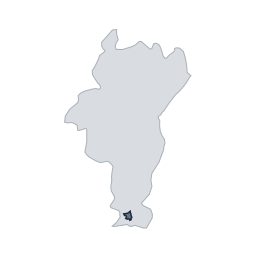 where Beltinci sits in Slovenia, rotated 117°
{"feature_id": "SVN-1039", "entity_name": "Beltinci", "entity_type": "Municipality", "adm_level": 1, "iso_a3": "SVN", "parent_name": "Slovenia", "parent_adm1": "", "projection": "mercator", "projection_center": [16.25, 46.606], "detail": "fine", "context": "in_parent", "style": "filled", "palette": "slate", "viewbox_px": 256, "rotation_deg": 117, "n_neighbors": 0, "source": "natural_earth", "source_scale": "10m", "svg_char_len": 2001}
<svg xmlns="http://www.w3.org/2000/svg" viewBox="0 0 256 256"><g transform="rotate(117 128 128)"><path d="M222.6,97.5L217.3,95.3L210.8,94.5L209.6,95.6L207.1,96.8L205.8,98.9L206.8,107.2L205.2,108.6L197.9,107.8L195.5,108.7L191.5,114.5L187.5,116.9L182.3,118.6L178.5,120.7L173.6,122.5L169.5,123.6L167.9,126.1L166.9,128.9L167.2,131.6L171.4,136.9L171.9,142.5L171.5,149.4L170.5,153.0L168.9,155.5L158.6,158.6L147.9,164.2L147.6,165.5L152.5,170.5L152.7,171.8L148.7,174.6L148.3,177.4L148.7,180.7L150.9,184.1L151.6,187.1L145.8,189.3L137.8,188.5L128.4,184.3L125.2,184.9L122.0,187.1L118.7,186.2L115.1,183.6L110.0,178.1L107.6,174.8L106.6,171.3L105.2,170.7L103.1,171.8L101.3,176.1L96.7,183.8L93.2,185.9L88.0,185.4L80.6,185.6L76.0,186.2L70.5,183.5L69.1,184.0L69.1,185.8L67.0,188.6L63.6,190.4L47.7,186.3L45.4,182.8L49.0,181.2L54.0,176.7L57.4,177.2L61.5,176.3L63.3,174.4L60.7,168.7L54.1,161.8L50.6,159.1L45.8,157.3L44.9,155.5L47.6,144.4L46.8,142.8L41.3,143.4L40.0,142.2L39.6,140.3L39.9,137.6L43.6,133.3L47.8,129.5L48.9,127.4L48.7,125.7L43.4,124.0L40.2,122.2L37.7,121.6L36.0,122.6L34.7,121.5L33.4,118.3L34.7,113.4L39.4,108.9L44.6,104.9L49.0,102.0L51.6,100.7L52.8,95.7L55.4,96.2L60.7,96.5L66.6,97.6L72.1,99.0L76.9,100.8L87.0,102.7L96.2,103.8L99.0,104.8L101.2,104.7L104.0,106.3L105.7,105.1L106.9,103.1L111.9,100.7L116.5,97.6L119.8,93.6L121.6,90.4L124.7,88.2L128.1,87.6L131.2,86.4L144.3,84.9L157.7,86.1L164.1,83.9L169.3,80.1L177.0,79.0L177.4,78.9L188.9,81.9L189.8,80.2L190.3,79.4L190.1,71.0L193.7,67.2L197.1,65.6L208.6,66.1L210.1,68.7L210.7,72.7L211.7,78.0L213.6,79.5L214.7,81.6L214.5,85.3L216.7,88.1L222.0,95.6L222.6,97.5Z" fill="#d9dde1" stroke="#a8b0b8" stroke-width="1"/><path d="M201.2,88.2L202.5,87.4L203.1,86.5L203.9,86.1L206.0,84.0L207.7,84.2L208.1,83.7L208.6,83.8L209.4,84.5L208.7,85.1L208.7,85.5L208.6,86.3L209.5,87.1L209.6,89.0L208.0,88.9L207.5,89.3L207.3,89.7L207.1,90.2L207.2,90.5L207.3,90.8L207.5,91.4L206.4,92.8L204.5,90.1L203.7,89.4L201.2,88.2Z" fill="#64748b" stroke="#1e293b" stroke-width="1.5"/></g></svg>